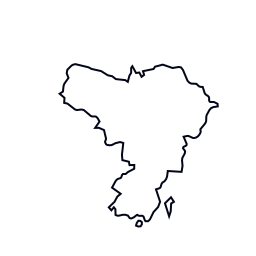 SVG path tracing the border of Valladolid, rotated 213°
{"feature_id": "ESP-5850", "entity_name": "Valladolid", "entity_type": "Autonomous Community", "adm_level": 1, "iso_a3": "ESP", "parent_name": "Spain", "parent_adm1": "", "projection": "robinson", "projection_center": [-4.954, 41.703], "detail": "fine", "context": "isolated", "style": "outline", "palette": "ink", "viewbox_px": 256, "rotation_deg": 213, "n_neighbors": 0, "source": "natural_earth", "source_scale": "10m", "svg_char_len": 2286}
<svg xmlns="http://www.w3.org/2000/svg" viewBox="0 0 256 256"><g transform="rotate(213 128 128)"><path d="M210.6,143.8L209.4,149.5L208.6,151.1L206.9,152.9L194.2,157.4L190.7,157.7L181.5,161.1L173.7,161.2L169.4,162.8L164.8,162.4L156.3,166.7L153.3,166.6L155.3,172.6L155.4,175.7L155.7,176.5L157.9,179.8L158.1,180.7L158.0,182.2L151.2,178.5L148.7,180.7L144.5,178.3L143.4,181.3L146.4,183.8L138.7,191.4L138.7,194.2L133.3,200.1L123.3,202.6L118.7,206.8L116.6,207.7L113.5,206.6L103.9,200.1L101.3,199.4L99.1,199.7L94.7,202.3L91.1,201.6L89.6,202.0L87.7,203.1L82.4,198.8L81.1,198.4L78.4,198.4L77.2,198.1L76.3,197.3L74.9,195.2L73.9,194.6L73.0,194.7L70.1,196.6L66.1,197.1L64.5,195.0L68.0,191.8L69.2,189.8L69.5,187.3L69.1,182.0L68.6,180.3L66.4,176.7L65.9,175.3L65.8,173.5L66.6,166.4L66.1,165.6L65.3,165.0L64.7,163.5L64.5,161.4L64.8,159.2L65.6,157.3L66.8,155.8L68.2,155.0L72.8,154.3L73.8,153.8L76.6,151.0L70.0,146.5L69.6,145.2L70.0,144.2L70.8,143.1L71.2,142.0L70.8,141.0L67.5,139.7L66.5,137.5L66.1,132.4L65.0,130.2L61.6,125.9L59.2,120.4L71.2,113.6L68.8,108.6L68.2,105.9L68.4,103.1L69.4,101.0L69.4,99.3L68.5,96.3L68.6,94.9L71.1,91.8L60.9,83.6L59.7,78.1L60.8,71.4L59.8,63.3L60.4,60.8L62.5,59.4L63.5,59.7L66.8,62.2L68.1,62.2L70.5,60.6L71.8,60.1L72.3,60.2L72.6,60.3L72.8,60.3L73.2,59.9L73.4,59.4L74.4,56.4L75.7,54.2L76.6,53.6L77.7,53.4L80.3,54.5L83.0,53.8L85.3,52.2L87.9,49.5L89.2,48.7L91.1,48.3L94.3,53.0L96.7,53.8L97.1,49.9L100.9,51.0L99.1,58.7L99.6,64.7L98.3,68.8L108.9,69.3L109.5,76.9L109.3,78.3L108.9,79.6L107.0,81.9L106.8,82.8L107.4,85.6L107.2,86.6L106.5,87.2L105.7,87.6L105.0,88.1L104.7,88.7L104.2,90.8L100.6,97.2L102.6,100.4L106.5,97.7L108.9,100.2L115.2,98.0L118.5,102.3L123.8,112.9L127.0,111.9L130.2,108.5L132.3,104.9L134.0,103.5L135.9,102.6L136.8,102.4L137.6,102.5L139.1,103.3L139.7,103.9L140.5,107.0L147.0,113.2L152.5,112.3L155.6,110.2L155.4,117.9L158.8,119.7L160.8,120.1L161.7,119.9L164.1,118.3L165.5,117.8L174.9,119.0L177.2,118.1L180.8,115.1L182.6,114.7L192.1,115.5L195.2,114.3L197.7,118.7L204.0,119.5L202.4,123.1L205.0,128.3L205.5,130.6L205.2,137.6L209.2,140.5L210.6,143.8ZM45.4,76.3L56.0,85.0L54.2,93.3L49.3,91.1L50.7,88.2L46.8,81.4L45.4,76.3ZM68.1,50.5L68.9,53.1L68.8,55.9L67.0,56.8L65.1,56.6L63.9,54.7L63.9,52.4L65.9,50.9L68.1,50.5Z" fill="none" stroke="#020617" stroke-width="2"/></g></svg>